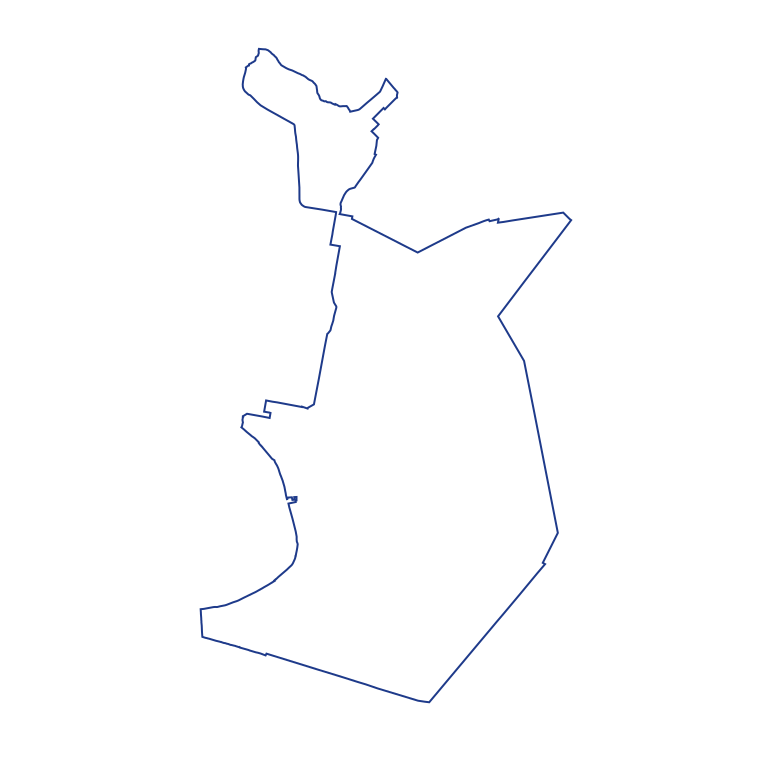 Hilversum, Noord-Holland, Netherlands (Mercator projection), rotated 12°
{"feature_id": "6326949B10155979142139", "entity_name": "Hilversum", "entity_type": "district", "adm_level": 2, "iso_a3": "NLD", "parent_name": "Netherlands", "parent_adm1": "Noord-Holland", "projection": "mercator", "projection_center": [5.144, 52.232], "detail": "fine", "context": "isolated", "style": "outline", "palette": "blue", "viewbox_px": 768, "rotation_deg": 12, "n_neighbors": 0, "source": "geoboundaries", "source_scale": "gbopen_adm2", "svg_char_len": 5998}
<svg xmlns="http://www.w3.org/2000/svg" viewBox="0 0 768 768"><g transform="rotate(12 384 384)"><path d="M585.0,493.5L547.3,405.0L535.8,378.0L516.2,332.3L481.5,294.1L499.8,255.1L520.0,212.4L533.0,184.8L531.1,183.9L523.7,179.1L475.7,197.3L467.3,200.6L461.9,202.5L461.9,199.9L461.8,199.1L461.9,198.8L461.6,198.6L461.3,199.0L460.8,199.4L460.2,199.7L453.4,202.8L452.3,201.4L450.0,202.6L447.8,203.9L444.3,206.2L444.1,206.4L431.6,214.1L389.6,248.4L376.9,245.0L318.3,229.2L318.2,226.6L311.9,226.8L305.3,227.0L305.6,225.3L305.7,222.7L305.6,221.8L305.5,221.4L305.2,220.8L305.1,219.5L304.6,218.5L304.2,217.7L304.0,216.7L304.0,215.7L304.4,214.1L304.7,212.5L305.6,208.1L305.7,207.6L306.9,204.4L307.3,203.6L307.6,203.1L308.7,201.6L309.4,200.8L310.2,200.2L311.1,199.7L314.4,198.0L314.7,197.6L315.2,196.2L317.1,191.7L318.1,189.6L319.2,187.1L323.5,177.2L326.6,170.0L326.7,168.6L327.2,165.6L327.8,163.5L328.5,161.4L327.0,161.0L327.0,152.7L326.4,147.1L326.4,146.7L326.6,146.1L327.1,144.4L322.4,141.3L319.3,139.4L321.0,136.8L321.1,136.7L321.3,136.7L324.0,132.6L324.8,131.1L318.0,126.8L326.2,114.1L327.8,115.2L328.0,114.9L328.0,114.7L335.4,103.3L336.6,101.6L337.2,101.4L337.3,101.2L336.8,99.8L336.6,98.5L336.7,96.2L336.6,95.9L334.9,94.5L334.1,94.0L333.2,93.2L332.0,92.4L322.7,85.1L322.4,85.1L320.8,92.9L319.5,98.3L319.2,99.1L315.4,104.1L311.7,108.9L308.8,112.6L304.6,118.2L302.9,120.4L302.1,121.0L301.5,121.4L294.3,124.7L293.5,123.4L292.7,122.8L291.8,121.8L291.4,121.3L290.8,120.8L290.0,120.1L289.7,119.9L288.1,120.3L285.9,120.8L283.7,121.5L282.8,121.6L282.1,121.5L280.2,120.8L279.5,120.6L278.2,120.3L278.0,121.0L275.5,120.5L274.2,120.1L273.5,119.8L272.5,119.8L270.5,120.1L270.0,120.1L269.5,120.0L268.6,119.6L268.4,119.5L268.2,119.5L267.1,119.9L266.6,119.9L265.6,119.6L264.0,119.5L263.4,119.3L262.6,118.7L262.1,118.2L261.6,117.4L261.0,116.1L260.3,115.2L259.8,114.6L258.8,113.7L258.5,113.4L258.3,113.1L257.8,111.8L257.5,110.7L257.1,109.7L256.2,107.2L255.9,106.5L254.1,104.8L252.6,103.9L251.2,102.8L250.4,102.5L247.9,102.0L246.9,101.7L246.2,101.4L243.3,99.8L241.6,99.3L241.1,99.0L239.7,98.9L237.3,98.2L235.2,97.9L229.1,96.4L225.5,96.0L223.3,95.5L221.9,95.1L220.5,94.6L218.6,94.0L217.5,93.6L216.8,93.2L215.7,92.1L214.2,91.0L213.6,90.2L212.0,88.6L211.5,87.8L210.4,86.9L209.2,86.2L208.7,85.9L207.9,85.2L207.1,84.9L205.3,84.0L204.2,83.1L201.3,81.7L200.9,81.6L198.6,81.3L195.5,81.8L192.0,82.2L192.0,83.4L192.1,84.3L192.2,84.7L192.3,85.0L192.6,85.9L192.7,86.2L192.7,86.9L192.5,87.7L192.6,88.2L192.5,88.8L192.2,89.4L191.7,89.9L190.9,90.7L190.7,91.0L190.7,91.4L190.8,93.2L190.9,93.7L190.8,94.1L190.7,94.4L190.6,94.7L190.4,94.9L190.1,95.2L189.3,96.1L188.0,97.1L187.1,98.1L185.7,99.0L185.5,99.4L185.7,100.5L185.2,100.7L184.9,101.0L183.0,103.1L183.1,103.3L183.4,104.0L183.5,104.4L183.5,105.2L183.5,108.4L183.1,113.0L183.1,114.7L183.2,117.2L183.5,120.3L183.9,121.7L184.0,122.2L184.6,123.6L185.2,124.5L185.8,125.3L186.5,126.0L187.2,126.7L188.1,127.2L191.3,129.1L191.8,129.2L192.6,129.3L193.3,129.5L197.2,132.0L201.3,134.8L205.4,137.1L213.1,139.8L241.6,148.6L242.1,148.9L242.6,149.4L242.8,149.8L243.8,152.9L244.6,155.6L245.1,157.1L246.5,160.5L247.3,163.2L248.5,166.6L248.9,167.6L250.0,171.2L251.7,176.0L252.3,177.9L252.8,179.8L253.5,183.2L254.0,186.0L254.5,188.5L255.0,190.2L256.8,196.5L260.4,209.4L262.9,220.9L263.3,222.1L264.0,223.6L264.3,224.0L266.0,225.6L266.6,226.0L267.5,226.4L269.3,227.1L270.4,227.2L287.2,226.3L301.4,225.8L301.6,227.5L302.2,245.6L302.4,248.5L302.6,258.8L312.2,258.4L312.8,277.9L313.2,285.8L313.3,285.9L313.6,301.6L313.7,304.7L314.0,305.6L317.8,314.1L318.1,314.7L318.7,315.4L321.1,317.9L321.4,318.5L321.5,319.4L321.3,322.5L321.0,327.7L321.1,330.4L321.2,332.4L320.8,336.6L320.6,337.8L320.5,339.3L320.5,341.8L320.4,342.8L320.3,343.0L318.7,346.1L318.3,346.5L318.1,346.8L318.3,359.3L319.2,392.4L319.7,418.5L314.5,423.1L314.4,423.9L308.5,423.2L308.5,423.6L307.8,423.6L283.2,424.2L278.5,424.5L272.1,424.6L272.5,436.0L277.9,435.8L279.0,435.9L279.2,441.0L271.8,441.1L256.2,441.6L252.8,444.8L252.9,445.1L252.7,445.1L253.0,447.3L253.0,448.5L254.0,451.0L253.9,452.3L253.9,454.6L253.7,455.5L253.5,456.0L255.2,456.9L255.8,457.2L259.6,459.4L264.8,462.1L265.2,462.4L267.2,463.2L268.8,463.9L273.4,466.9L273.7,467.1L273.7,467.7L275.3,469.1L277.3,470.5L277.3,470.4L278.0,470.9L278.0,471.0L290.0,480.4L292.7,481.4L292.9,481.9L293.5,482.9L294.6,484.2L296.2,485.9L296.9,486.8L298.0,488.3L298.5,489.1L300.1,492.0L301.2,493.9L301.6,494.6L301.8,494.7L305.2,500.0L305.5,500.7L305.7,501.0L308.0,505.3L309.0,507.7L309.7,509.4L310.5,511.2L311.2,513.1L313.0,516.8L313.4,516.6L313.5,516.1L313.5,515.1L317.4,514.0L318.5,516.4L320.5,515.8L319.7,513.3L321.9,512.7L322.6,516.0L321.7,516.2L322.2,517.8L315.4,520.8L317.0,524.3L322.3,534.4L323.7,537.2L328.3,546.6L330.3,551.5L330.9,554.4L331.4,555.9L331.5,556.3L332.5,557.8L332.7,558.3L332.9,558.7L333.2,562.3L333.3,565.4L333.3,567.9L333.4,570.7L333.2,570.7L333.3,572.8L333.1,574.1L332.5,576.8L332.2,578.2L331.7,579.6L331.2,580.6L329.2,583.4L327.6,585.8L320.9,594.5L319.0,597.3L318.9,597.2L318.8,597.3L317.5,599.1L317.9,599.4L311.9,605.1L308.7,607.9L308.0,608.6L301.5,614.3L299.4,615.9L291.3,622.2L286.6,626.0L285.1,627.0L281.8,628.9L276.0,632.7L274.6,633.5L269.9,635.5L267.5,636.7L266.5,637.0L265.1,637.2L263.5,637.7L254.6,641.4L251.5,642.4L252.1,644.6L252.5,646.0L252.7,646.9L253.9,651.0L254.3,652.7L254.7,653.8L254.9,654.9L256.0,658.4L257.5,664.3L258.9,669.1L262.1,669.4L263.7,669.4L264.5,669.5L265.8,669.5L273.0,670.1L277.0,670.2L278.1,670.3L278.3,670.2L278.6,670.3L281.0,670.6L282.8,670.5L284.0,670.7L285.8,670.7L288.1,671.1L288.9,671.0L291.6,671.1L293.0,671.1L293.3,671.2L297.3,671.6L297.5,671.4L297.9,671.8L298.1,671.8L306.0,672.3L307.1,672.4L307.6,672.5L307.8,672.6L308.2,672.6L314.4,673.1L316.8,673.1L319.4,673.3L324.6,674.1L325.1,672.2L378.7,677.1L405.9,679.5L420.1,680.9L428.6,681.6L441.1,683.1L483.1,686.7L489.9,686.3L494.4,685.9L543.5,593.5L548.8,583.7L560.6,561.5L573.1,537.6L579.0,526.7L576.5,525.9L577.4,522.5L585.0,493.5Z" fill="none" stroke="#1e3a8a" stroke-width="2"/></g></svg>